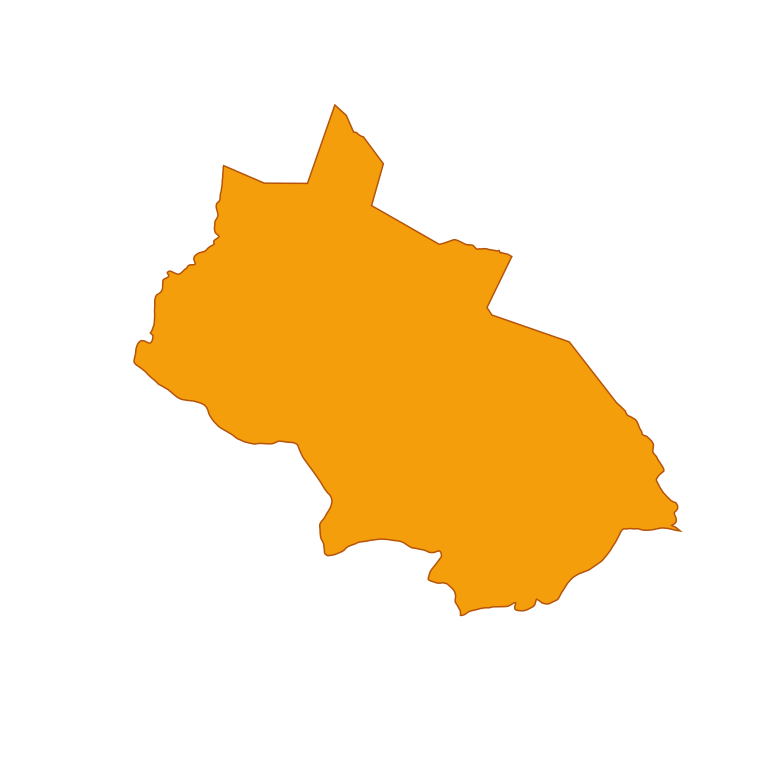 outline of San Antonio de Flores, El Paraíso, Honduras, rotated 63°
{"feature_id": "27666195B39425544771184", "entity_name": "San Antonio de Flores", "entity_type": "district", "adm_level": 2, "iso_a3": "HND", "parent_name": "Honduras", "parent_adm1": "El Paraíso", "projection": "albers", "projection_center": [-86.823, 13.709], "detail": "fine", "context": "isolated", "style": "filled", "palette": "amber", "viewbox_px": 768, "rotation_deg": 63, "n_neighbors": 0, "source": "geoboundaries", "source_scale": "gbopen_adm2", "svg_char_len": 6158}
<svg xmlns="http://www.w3.org/2000/svg" viewBox="0 0 768 768"><g transform="rotate(63 384 384)"><path d="M624.8,420.9L625.2,420.5L625.6,419.5L626.0,417.5L625.9,415.7L625.6,413.7L625.4,412.4L625.6,409.6L626.9,404.6L627.9,399.8L629.2,395.8L631.2,391.7L631.9,388.4L637.3,377.2L638.0,375.4L638.3,374.1L638.4,372.6L638.1,368.6L638.2,367.2L638.3,366.5L638.6,366.1L639.1,366.2L639.9,366.8L641.5,368.4L642.9,369.3L643.7,369.5L644.5,369.3L645.6,368.7L647.0,366.9L648.5,364.5L649.5,362.2L649.8,360.8L650.1,358.8L650.1,354.0L650.0,352.1L649.5,350.7L648.7,349.4L645.4,346.4L645.0,345.7L646.8,344.5L651.0,342.4L652.8,340.4L654.0,338.7L654.5,337.5L654.7,336.4L654.9,327.5L654.7,326.9L654.3,325.9L650.2,320.0L648.8,317.4L644.8,310.8L643.5,307.4L642.2,303.8L641.9,301.5L641.6,296.7L642.7,285.7L640.9,272.3L640.5,270.4L640.1,269.0L637.2,262.3L634.9,257.7L632.8,254.4L630.0,249.5L625.9,243.7L623.0,239.9L622.2,238.3L621.9,237.2L622.0,236.2L622.3,235.3L623.5,233.4L623.8,232.0L624.3,230.8L625.1,229.3L626.3,227.6L628.4,223.1L630.1,221.5L631.8,219.4L632.9,217.6L634.1,215.2L635.7,211.3L636.8,207.0L638.2,202.3L638.6,201.4L641.3,197.0L643.3,194.5L647.1,190.0L649.4,186.8L643.9,189.2L643.3,189.8L642.1,190.8L640.6,191.8L640.4,188.8L640.2,187.9L639.8,187.0L638.7,185.6L635.7,184.6L634.8,184.5L632.7,184.5L631.6,184.2L630.8,183.9L630.3,183.5L630.0,183.1L629.9,182.2L629.7,181.5L628.7,179.4L627.3,178.3L625.9,177.8L624.4,177.6L622.5,177.8L621.6,178.4L620.2,179.9L617.7,181.4L612.8,183.0L608.1,184.3L605.5,184.7L601.4,185.1L593.9,185.1L593.1,184.9L592.4,184.5L590.7,181.6L589.8,179.4L588.7,174.5L588.5,174.1L588.0,173.8L586.6,173.4L584.7,173.3L575.1,174.3L572.3,174.2L568.6,175.2L566.9,175.3L566.2,175.1L565.4,174.7L562.5,172.7L560.8,171.6L559.3,171.3L557.6,171.3L556.2,171.5L554.4,172.0L550.6,173.4L549.5,174.0L547.8,175.8L546.4,176.6L545.4,176.6L543.9,176.1L542.0,176.1L539.4,176.3L533.9,175.7L532.2,175.7L530.9,175.9L529.6,176.3L528.2,177.1L524.9,179.3L522.9,181.0L522.3,181.3L520.1,181.5L518.8,181.5L518.0,181.3L517.3,181.4L512.4,183.0L509.6,184.0L507.2,185.0L505.8,185.4L430.6,199.8L371.5,256.6L362.6,257.5L328.4,212.2L327.3,213.1L325.4,214.2L324.5,214.9L321.3,218.7L320.6,219.3L320.2,219.9L320.1,220.7L319.9,220.9L319.4,221.1L318.8,220.8L317.9,220.7L317.5,220.8L317.2,221.0L317.0,221.4L317.0,222.5L316.4,223.5L315.3,224.6L313.0,227.9L311.7,229.6L310.2,231.1L309.6,231.9L308.7,233.7L307.8,236.1L306.8,237.7L306.6,239.0L306.2,239.7L305.1,240.5L301.4,241.6L300.7,241.9L299.3,243.8L298.0,246.2L296.7,247.8L289.9,252.9L287.9,254.9L287.1,256.5L285.7,266.7L284.7,271.3L219.4,314.1L187.5,284.6L154.2,290.2L153.8,291.0L152.2,292.2L149.8,293.6L148.0,294.1L147.1,294.7L145.8,296.7L127.5,295.7L113.1,301.1L170.5,361.1L150.7,399.5L116.7,427.7L118.2,429.0L120.5,430.2L122.5,431.6L125.9,433.4L129.6,435.9L132.6,437.5L138.3,441.6L140.8,443.8L145.4,446.6L145.7,447.0L146.3,448.1L147.3,451.1L147.9,451.7L148.7,452.4L149.8,453.0L151.0,453.5L156.4,454.6L157.7,455.0L158.7,455.6L159.7,456.6L162.3,460.7L168.3,464.4L169.1,464.8L170.4,465.2L172.6,465.6L173.7,465.3L176.6,464.1L177.5,464.0L177.9,464.2L178.3,465.2L178.6,467.3L178.8,469.4L179.1,470.3L179.5,470.8L180.1,471.2L181.0,471.5L182.1,471.7L182.3,471.9L182.4,472.3L182.5,473.4L182.5,475.8L182.8,478.2L183.1,479.3L183.9,481.5L184.4,483.3L183.2,489.3L183.3,491.6L183.8,493.9L184.7,495.5L186.2,496.8L190.9,497.4L191.3,497.7L191.5,498.2L191.5,498.8L191.2,499.6L189.9,502.5L189.7,503.5L189.7,504.4L190.0,505.5L190.9,506.6L191.2,507.4L191.3,508.3L191.4,509.7L192.2,511.7L192.7,513.7L193.1,515.4L193.1,516.7L192.5,517.9L190.8,519.6L187.4,522.2L186.5,523.1L186.1,523.8L185.9,524.5L186.0,525.5L186.2,526.3L186.5,526.6L187.2,526.8L188.5,526.5L189.3,526.5L189.7,526.7L190.4,527.3L190.8,528.3L190.7,532.5L190.9,533.3L191.3,533.8L192.1,534.4L198.3,537.9L199.4,539.1L200.4,540.4L201.0,541.9L201.5,546.4L202.7,547.9L204.3,549.5L206.0,550.6L211.0,553.1L214.1,555.0L218.8,557.2L226.1,561.4L227.3,562.5L231.5,567.1L232.4,569.0L236.0,567.8L239.5,570.2L241.0,572.2L241.4,573.9L240.9,574.7L239.4,576.1L238.0,577.0L237.0,577.8L235.4,580.0L235.1,581.5L235.6,583.5L236.4,585.2L237.6,586.6L239.4,588.4L240.7,589.4L244.6,591.9L246.8,593.8L249.0,595.6L250.8,596.7L252.1,596.7L253.1,596.5L255.0,595.8L258.8,593.7L264.8,590.9L268.4,590.0L272.7,588.4L277.3,586.4L281.7,585.0L290.8,579.0L301.4,574.5L303.9,572.9L305.9,571.2L309.2,566.8L312.7,561.4L317.9,555.9L320.8,553.8L323.7,552.8L325.7,552.7L328.0,552.9L330.9,553.5L333.8,553.5L337.6,553.1L340.2,552.6L346.6,550.7L349.1,549.4L358.7,543.2L361.6,541.6L364.2,540.5L366.1,539.5L369.2,536.9L371.2,535.4L372.6,534.1L374.1,532.3L375.6,530.7L378.6,526.8L379.0,525.9L380.4,521.8L384.8,514.2L386.3,511.2L386.6,510.0L386.8,508.8L387.0,504.4L387.2,503.6L387.6,502.7L392.4,495.8L394.8,491.7L397.0,489.7L398.5,488.8L399.9,488.7L404.0,489.2L407.7,489.4L411.3,489.5L413.4,489.4L417.5,488.8L427.1,487.2L438.0,485.6L444.2,484.9L448.3,484.7L450.5,484.5L455.0,483.7L457.9,482.8L459.1,482.6L460.9,482.6L462.7,482.8L464.3,483.3L465.7,484.1L467.6,485.7L469.3,487.4L471.1,489.9L474.0,494.7L476.2,497.8L477.7,501.4L478.9,503.7L479.7,504.6L480.6,505.4L484.5,507.0L488.4,508.8L491.7,510.0L493.6,510.3L496.3,510.2L498.9,510.3L507.8,513.7L509.0,513.5L510.4,512.9L511.3,512.1L511.9,511.0L513.4,506.3L513.8,503.7L514.2,498.3L514.1,496.2L513.9,494.9L512.9,492.2L512.5,489.1L513.4,481.7L513.3,480.4L513.4,479.0L513.7,477.7L516.5,469.7L516.9,467.5L520.5,457.7L522.6,453.9L524.7,450.6L527.0,447.5L530.6,442.2L531.8,440.7L533.1,439.5L534.2,438.6L540.4,435.1L542.4,433.7L543.1,432.9L544.5,430.7L546.7,428.1L550.0,423.9L552.1,421.9L553.8,420.7L554.6,420.0L555.7,418.3L556.7,416.3L556.9,415.5L557.1,413.4L557.4,411.7L557.8,410.7L558.5,410.1L559.4,409.9L560.6,409.9L563.1,410.7L563.8,411.2L564.3,412.1L567.6,418.6L570.7,425.5L571.6,427.0L572.5,428.4L573.4,429.3L576.3,432.0L577.5,433.0L578.0,433.2L578.4,433.2L579.0,433.0L580.5,432.0L585.5,427.0L587.0,424.3L587.2,423.6L587.4,422.7L587.7,422.1L588.8,420.6L590.3,418.9L591.2,418.3L592.6,417.7L598.3,415.7L599.7,415.5L600.8,415.4L602.3,415.6L604.2,416.0L605.8,416.6L608.2,418.3L610.6,419.5L612.4,419.4L615.2,419.1L620.8,419.0L623.2,420.0L624.8,420.9Z" fill="#f59e0b" stroke="#b45309" stroke-width="1.5"/></g></svg>